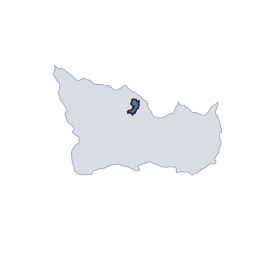 Alindao, Basse-Kotto, Central African Republic shown in context, rotated 207°
{"feature_id": "33826404B62938730808524", "entity_name": "Alindao", "entity_type": "district", "adm_level": 2, "iso_a3": "CAF", "parent_name": "Central African Republic", "parent_adm1": "Basse-Kotto", "projection": "mercator", "projection_center": [21.194, 5.183], "detail": "fine", "context": "in_parent", "style": "filled", "palette": "slate", "viewbox_px": 256, "rotation_deg": 207, "n_neighbors": 0, "source": "geoboundaries", "source_scale": "gbopen_adm2", "svg_char_len": 5102}
<svg xmlns="http://www.w3.org/2000/svg" viewBox="0 0 256 256"><g transform="rotate(207 128 128)"><path d="M173.4,98.2L175.5,98.8L175.9,99.4L175.3,101.6L175.7,102.9L176.9,104.1L178.1,104.5L179.3,104.8L183.3,105.5L185.0,106.3L187.3,108.8L190.0,111.1L190.7,112.3L190.6,113.5L189.8,114.8L189.9,115.3L191.2,116.7L192.7,118.1L195.4,119.6L200.0,122.0L202.2,123.6L202.9,124.8L204.1,126.1L205.8,127.3L206.9,128.3L206.1,130.9L206.3,131.7L206.8,132.5L207.7,133.5L208.1,134.8L209.1,136.5L210.2,137.3L212.2,137.5L213.2,138.3L215.3,139.6L217.3,140.8L218.2,141.5L218.7,142.2L219.2,143.1L219.4,143.9L219.5,145.7L219.8,147.9L220.9,149.4L222.0,150.5L217.8,149.2L217.2,149.2L216.4,149.4L214.2,151.0L213.5,151.2L210.8,150.8L204.1,149.6L199.0,148.4L197.5,147.9L194.8,147.5L192.9,148.3L191.2,151.2L190.8,151.7L188.1,152.5L186.8,152.3L183.7,153.1L179.0,151.9L177.3,152.2L176.0,152.7L172.5,154.0L170.5,154.7L168.1,155.4L165.8,156.4L164.2,157.0L162.7,157.0L161.3,156.4L159.9,155.9L158.1,155.8L156.2,156.1L154.6,157.2L154.0,158.0L152.6,160.1L151.0,163.6L150.4,164.3L149.8,164.6L142.4,162.9L139.2,162.5L137.0,163.0L134.3,162.1L133.1,161.9L132.5,162.2L131.0,161.8L128.6,160.6L126.2,160.1L124.1,160.3L122.8,159.9L121.8,158.7L120.4,156.6L118.0,154.5L114.7,152.9L112.7,151.6L111.9,150.8L110.2,150.3L107.5,150.2L104.9,151.0L101.2,153.6L97.8,159.0L95.9,161.0L94.3,161.6L94.0,162.9L94.7,164.9L94.9,167.3L94.4,171.3L94.6,174.2L93.8,173.7L93.0,172.3L92.6,172.1L90.3,172.7L89.2,173.2L88.5,173.8L88.1,173.9L87.4,173.1L86.8,173.0L85.9,173.1L85.0,173.1L84.4,173.0L84.0,173.1L82.9,172.6L79.0,171.5L78.4,171.1L77.6,171.2L75.6,172.2L74.5,172.4L71.3,173.0L67.8,173.3L66.5,173.3L65.6,173.8L65.0,174.4L64.0,178.1L63.7,178.7L63.7,179.6L63.4,182.6L63.6,183.6L59.4,191.7L58.7,190.3L58.3,188.7L58.1,186.9L58.2,186.4L58.0,185.9L57.6,184.4L58.0,183.4L57.7,182.4L56.9,181.4L56.2,180.7L55.7,180.0L55.4,179.7L54.6,179.6L53.5,179.3L48.9,174.5L44.1,169.1L43.2,167.4L42.8,166.4L43.9,166.2L44.2,166.1L44.3,165.6L43.5,164.2L43.2,162.5L42.6,161.4L40.7,159.7L39.0,158.5L38.4,157.8L38.1,156.9L37.4,151.1L37.1,149.5L36.5,148.7L36.1,148.4L35.9,148.0L36.0,147.0L36.3,146.0L36.2,145.7L36.7,144.9L36.7,139.5L36.2,138.7L35.1,138.7L34.5,137.9L34.0,136.9L34.2,136.2L35.2,135.2L35.9,134.7L37.9,133.9L38.5,133.4L38.9,132.9L39.1,132.2L40.3,129.4L42.0,126.6L42.8,126.1L44.6,122.0L45.0,121.0L45.3,119.9L45.8,119.1L47.8,117.7L49.2,115.3L50.8,115.4L52.4,115.8L54.5,116.0L56.2,115.5L57.2,114.6L62.3,112.9L62.6,111.6L63.4,111.0L64.3,110.4L64.7,110.3L64.7,110.7L65.3,112.1L66.4,113.4L68.1,114.9L68.6,114.8L69.7,113.7L72.3,113.0L73.0,112.7L74.8,111.1L77.1,110.0L78.4,109.6L80.7,108.6L82.3,108.7L84.9,108.5L89.2,108.0L92.3,107.8L93.9,107.6L94.3,107.4L94.9,105.9L95.4,105.4L96.6,104.8L98.9,102.4L100.4,100.4L100.8,99.7L101.2,99.6L101.8,98.7L101.2,97.8L98.6,96.1L98.6,95.8L98.5,95.5L98.6,95.3L99.6,94.6L100.9,93.7L102.3,93.4L106.0,93.5L109.2,93.3L109.9,93.4L112.4,92.9L114.0,92.6L115.8,91.7L119.7,91.8L122.9,89.6L123.9,89.2L124.3,88.9L124.4,88.6L125.9,87.7L127.6,85.9L129.0,84.3L129.3,83.2L133.0,79.4L134.3,79.4L134.9,79.0L136.4,76.4L136.8,75.9L138.4,75.5L139.1,74.7L139.7,73.6L139.7,72.2L139.4,71.1L139.4,70.5L139.8,70.0L140.4,69.5L143.2,68.1L143.9,67.5L144.3,66.9L145.1,66.8L145.9,66.8L146.5,66.4L147.1,65.8L149.0,65.0L150.8,64.3L152.7,64.6L156.1,65.4L157.2,67.3L157.7,67.9L161.9,72.2L162.7,73.3L164.8,76.4L166.1,78.5L167.5,81.6L167.7,83.2L167.5,84.7L167.2,88.7L166.8,89.8L165.0,92.0L164.9,93.0L165.3,93.8L165.8,94.1L166.2,94.5L166.0,96.4L166.6,97.1L168.0,97.6L171.5,97.9L173.4,98.2Z" fill="#d9dde1" stroke="#a8b0b8" stroke-width="1"/><path d="M137.1,155.4L137.2,155.1L137.2,154.8L137.2,154.5L136.8,154.1L136.5,153.5L136.5,152.3L136.6,151.3L136.5,151.0L136.0,150.6L135.7,150.8L134.6,150.1L134.3,149.9L133.9,149.8L133.3,149.2L132.2,150.2L132.1,148.5L132.2,148.0L132.9,147.5L132.9,146.9L132.9,146.3L133.4,145.5L133.7,145.2L134.0,144.6L134.4,144.3L134.9,144.0L135.4,143.8L135.5,143.7L135.7,142.7L135.7,142.2L135.4,142.1L135.2,141.9L135.0,141.5L134.9,141.7L134.7,142.1L134.3,141.9L134.3,141.7L133.9,141.9L133.7,142.3L132.8,142.8L132.6,142.8L131.9,142.5L131.4,142.7L131.1,142.8L130.8,142.4L130.6,141.9L130.0,141.8L129.7,141.8L129.6,142.1L129.8,142.3L130.1,142.6L130.1,142.8L129.9,143.2L129.7,143.4L129.7,143.9L129.6,144.3L129.0,144.5L128.4,144.6L128.4,144.8L128.7,144.9L129.0,145.1L129.0,145.7L129.1,146.1L128.8,146.4L128.6,146.7L128.7,147.4L128.7,149.1L128.5,149.6L128.0,150.0L127.8,150.5L128.2,151.4L128.3,151.7L128.4,152.0L128.6,152.3L128.6,152.5L128.6,152.9L128.7,153.2L128.6,153.5L128.9,153.6L129.0,153.8L129.2,154.0L129.3,154.2L129.3,154.4L129.5,154.7L129.7,154.8L130.0,155.1L130.3,155.2L130.3,155.4L130.2,155.6L130.0,155.9L129.8,156.3L129.9,156.5L130.2,156.7L130.5,156.8L130.8,157.3L131.0,157.1L131.0,156.8L131.0,156.7L131.2,156.4L131.3,156.3L131.4,156.2L131.5,156.2L131.5,155.9L131.7,155.7L131.9,155.6L132.1,155.6L132.2,155.9L132.3,156.1L132.5,156.1L132.9,156.3L133.1,156.5L133.3,156.7L133.4,156.8L133.6,157.0L133.8,156.8L134.2,156.6L134.7,156.6L135.2,156.6L135.8,156.6L136.0,155.7L136.4,155.5L136.9,155.3L137.1,155.4Z" fill="#64748b" stroke="#1e293b" stroke-width="1.5"/></g></svg>